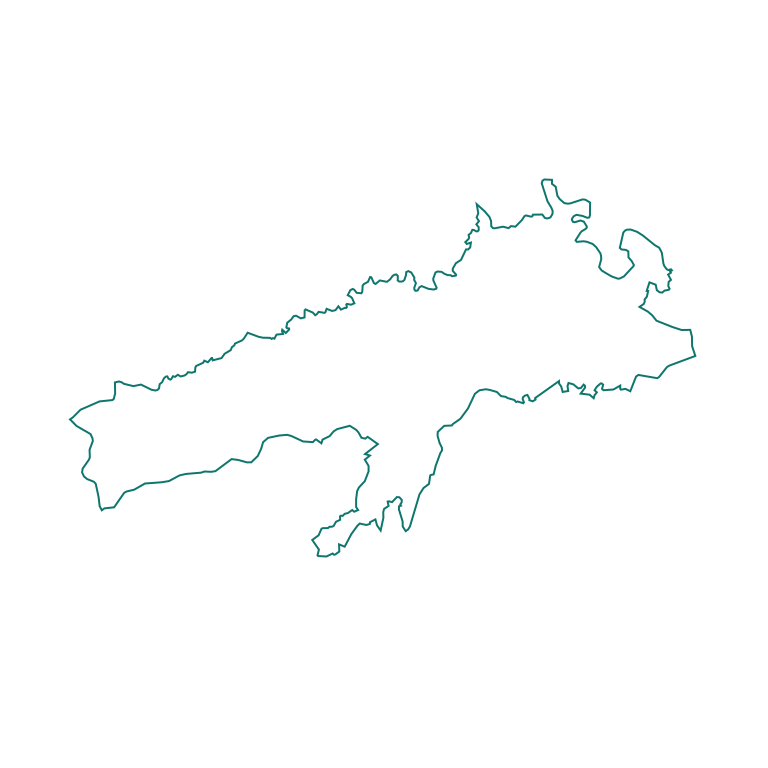 the district of Binh Xuyen, Vĩnh Phúc, Vietnam, rotated 235°
{"feature_id": "81297802B29926011513196", "entity_name": "Binh Xuyen", "entity_type": "district", "adm_level": 2, "iso_a3": "VNM", "parent_name": "Vietnam", "parent_adm1": "Vĩnh Phúc", "projection": "orthographic", "projection_center": [105.671, 21.329], "detail": "fine", "context": "isolated", "style": "outline", "palette": "teal", "viewbox_px": 768, "rotation_deg": 235, "n_neighbors": 0, "source": "geoboundaries", "source_scale": "gbopen_adm2", "svg_char_len": 6154}
<svg xmlns="http://www.w3.org/2000/svg" viewBox="0 0 768 768"><g transform="rotate(235 384 384)"><path d="M506.6,114.0L504.3,112.8L499.0,105.1L492.7,101.0L491.3,99.0L487.5,88.6L484.8,86.0L480.3,85.2L476.4,86.3L470.3,90.3L467.5,90.6L455.2,85.4L447.0,81.0L442.4,80.4L442.5,83.6L437.8,92.2L443.9,108.8L443.6,111.5L440.7,118.8L439.6,131.1L431.1,145.4L427.8,152.2L426.4,164.1L423.9,170.2L416.3,183.3L415.2,186.9L411.3,191.9L409.3,195.9L409.9,216.1L405.3,221.1L398.4,226.8L396.0,230.3L397.4,239.3L401.4,246.2L405.7,251.6L406.4,258.1L401.9,268.6L398.0,275.4L394.7,278.2L383.3,284.8L377.2,292.4L377.8,296.0L377.3,296.7L371.3,298.7L373.7,301.8L372.5,309.6L374.1,315.6L373.9,319.8L369.4,332.0L362.2,335.0L358.9,335.3L352.9,334.7L350.0,337.3L350.1,340.3L338.3,344.5L337.5,328.3L333.5,331.4L333.0,324.9L325.8,324.4L321.3,321.3L315.4,312.5L313.6,304.0L311.6,300.5L305.5,295.0L299.2,290.6L295.6,290.5L296.5,286.3L299.0,285.7L299.0,280.4L300.2,277.3L299.7,274.5L301.0,272.8L300.6,271.9L297.9,270.2L298.7,265.7L296.6,261.3L296.9,259.6L298.3,257.5L298.1,255.5L301.0,251.2L301.3,249.8L297.6,243.7L297.4,235.8L285.7,235.7L281.8,231.3L280.8,231.4L275.7,238.0L274.6,244.7L272.7,245.2L272.3,246.4L272.4,251.3L278.4,255.2L273.3,258.5L279.8,271.2L283.1,280.8L283.6,284.1L278.6,288.7L277.5,292.2L278.8,293.2L278.0,299.3L272.2,297.2L265.9,297.2L274.7,306.7L279.5,309.9L281.6,312.4L281.5,317.8L285.6,319.6L285.1,320.7L282.6,322.9L284.0,329.7L282.4,331.6L278.8,332.1L276.8,330.4L276.1,328.3L274.6,328.2L275.2,326.1L272.7,324.3L260.7,320.4L256.5,317.6L251.0,317.4L251.1,320.5L252.4,323.5L273.2,349.7L276.1,356.6L276.4,363.6L282.3,369.1L282.7,369.9L281.5,372.8L287.4,379.5L295.2,390.7L296.3,393.4L298.6,394.9L303.8,395.7L310.7,398.1L313.9,400.5L315.2,409.3L311.1,415.8L311.7,417.4L311.7,426.6L315.8,438.8L323.8,452.8L324.1,458.6L321.3,464.4L318.4,467.3L312.7,471.9L307.0,472.9L303.5,476.5L301.8,477.0L296.3,481.5L293.4,481.9L293.0,483.5L288.4,487.0L288.7,488.1L292.2,489.0L293.4,490.2L293.7,492.6L292.8,495.2L288.6,494.7L287.4,493.8L284.5,495.9L284.3,499.2L285.8,499.7L286.0,529.0L284.0,527.7L280.2,527.7L275.0,525.8L272.6,530.9L277.0,533.1L279.0,535.7L275.1,538.9L269.0,540.6L267.8,543.0L269.0,547.2L267.4,547.6L265.8,546.8L263.3,539.6L257.3,546.3L252.1,547.6L254.0,549.9L255.1,553.6L258.1,552.9L259.7,556.8L260.2,561.8L259.5,562.7L257.7,563.1L255.0,559.8L253.0,560.2L247.9,568.8L247.2,576.6L244.5,574.7L243.5,574.8L241.5,579.0L236.8,581.6L245.5,594.7L245.5,597.6L232.0,611.2L232.0,613.5L235.6,625.6L235.3,628.7L228.4,655.1L238.3,658.1L246.1,663.4L252.7,665.9L257.5,658.8L265.3,652.9L279.6,643.5L286.4,643.1L291.9,641.7L300.6,637.5L300.6,642.7L301.9,644.8L303.8,646.0L304.8,649.5L308.7,653.7L309.6,652.6L315.0,659.8L309.5,663.5L304.3,661.3L301.0,662.4L299.3,664.4L299.6,667.4L297.9,671.1L298.1,672.5L301.3,673.1L304.4,675.8L304.7,678.8L310.7,679.5L310.6,682.8L312.2,683.0L311.9,685.0L313.3,684.9L314.3,682.3L315.8,681.4L320.0,681.3L322.5,682.0L332.2,686.9L337.7,687.6L342.4,685.5L357.2,681.2L363.5,678.6L369.1,674.6L371.1,671.5L371.4,669.5L370.8,666.9L360.2,655.2L358.0,655.7L355.2,659.0L352.5,660.2L347.5,656.9L342.4,657.4L338.1,656.9L337.5,656.1L334.5,642.3L335.2,637.6L336.0,636.1L341.5,632.2L348.4,629.0L352.2,627.4L356.4,627.3L361.6,633.5L364.3,635.2L366.9,636.2L374.4,636.3L379.1,635.2L384.1,631.8L386.4,629.4L389.9,623.4L391.8,623.3L395.3,631.8L395.7,633.5L395.4,638.4L395.9,639.9L396.8,640.5L402.4,640.8L405.3,638.6L407.1,633.0L408.4,631.8L410.8,632.1L411.7,633.1L412.6,635.7L412.2,638.7L407.8,643.0L403.5,645.9L402.7,647.7L404.0,649.4L414.4,656.9L419.4,654.7L421.3,652.6L425.0,640.5L426.2,638.1L428.7,635.5L434.6,634.0L438.8,634.0L447.1,637.8L451.6,636.4L454.9,638.7L459.6,632.6L459.6,630.4L457.9,628.3L439.8,622.7L432.3,622.2L429.0,621.4L426.8,619.7L425.2,616.4L425.1,615.0L426.2,612.3L427.9,611.0L432.0,610.9L437.3,603.1L436.3,601.7L436.7,600.5L440.7,596.9L440.9,595.3L439.1,590.7L437.5,581.9L440.5,578.6L440.2,575.5L444.6,571.7L448.2,563.7L449.3,562.6L451.6,562.3L456.1,565.2L460.5,566.2L467.8,565.5L478.1,563.1L469.7,559.1L467.3,555.4L462.9,555.2L461.8,551.2L458.2,551.5L455.7,549.8L455.3,548.5L456.1,547.1L458.6,546.0L459.6,544.8L457.9,542.0L457.6,538.8L455.2,537.8L454.3,536.6L453.6,532.0L451.3,532.1L450.0,536.3L446.4,532.9L446.0,530.0L447.2,528.4L441.5,518.3L441.7,512.2L439.1,506.6L437.3,505.2L432.2,505.8L431.6,505.0L433.2,501.6L434.9,501.0L436.6,498.7L439.6,496.7L442.8,495.5L445.5,492.3L445.8,490.1L442.1,484.8L440.5,483.8L432.6,482.3L432.1,481.3L432.9,478.9L436.3,475.1L442.6,471.0L442.9,468.5L441.3,465.1L442.3,463.2L443.9,463.1L445.4,463.9L448.3,468.0L452.0,468.4L453.7,469.9L459.7,470.3L462.5,468.7L462.9,466.4L460.6,464.5L457.6,460.5L457.3,458.6L457.8,457.2L459.0,455.4L460.9,454.6L464.6,457.3L466.6,457.0L467.6,455.0L467.5,452.7L466.2,449.0L466.0,445.0L471.2,440.0L470.8,434.5L472.4,433.6L478.7,434.8L479.6,434.0L476.9,429.5L477.4,424.8L476.8,422.9L472.0,419.1L471.3,417.5L474.4,413.9L478.3,413.7L479.8,412.9L480.2,410.3L477.5,405.2L474.5,406.8L472.6,407.1L467.1,406.0L467.8,402.6L470.9,399.5L470.7,398.7L468.3,397.7L468.0,396.8L468.9,395.3L469.6,391.4L473.8,391.2L472.3,386.6L473.6,383.4L478.5,380.1L476.4,377.1L476.4,376.1L480.6,371.8L479.7,369.0L479.8,367.1L483.3,366.7L490.1,362.5L489.8,361.2L484.1,357.1L485.5,353.5L490.4,351.1L491.4,348.9L490.0,344.9L489.7,339.9L486.4,336.5L485.5,336.5L483.9,338.1L483.0,337.5L482.1,332.8L486.8,331.8L486.0,330.9L482.9,330.0L486.1,324.3L484.0,320.2L485.3,319.3L485.4,317.8L487.1,317.2L491.5,311.2L494.8,308.2L504.2,301.7L501.5,295.1L501.2,292.5L502.6,285.1L501.5,283.5L501.4,280.5L499.7,277.9L500.2,270.8L498.4,265.8L501.6,257.3L503.8,258.1L504.2,257.6L502.8,252.2L506.2,250.2L505.1,248.1L506.5,240.5L505.8,239.0L502.5,236.3L503.4,233.2L506.1,230.2L505.3,227.7L505.4,225.4L506.8,221.8L509.8,220.4L509.7,216.9L511.4,215.6L510.0,212.4L510.3,211.3L512.1,210.5L514.5,210.9L515.2,209.6L514.9,207.1L512.7,203.2L512.5,200.1L509.4,197.2L509.1,194.8L509.8,193.0L512.7,190.2L522.9,184.6L526.0,177.5L533.4,171.0L535.9,170.1L538.1,168.3L539.6,164.5L530.4,158.3L526.8,154.1L526.6,152.3L532.9,141.0L537.0,120.7L535.1,109.9L535.1,106.5L525.9,108.1L511.3,114.9L506.6,114.0Z" fill="none" stroke="#0f766e" stroke-width="2"/></g></svg>